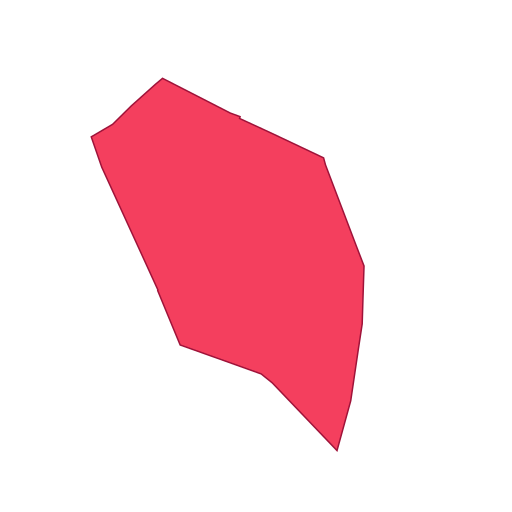 Baruun-Urt, Sühbaatar, Mongolia, rotated 228°
{"feature_id": "93677404B37719399531213", "entity_name": "Baruun-Urt", "entity_type": "district", "adm_level": 2, "iso_a3": "MNG", "parent_name": "Mongolia", "parent_adm1": "Sühbaatar", "projection": "natural_earth1", "projection_center": [113.3, 46.656], "detail": "fine", "context": "isolated", "style": "filled", "palette": "rose", "viewbox_px": 512, "rotation_deg": 228, "n_neighbors": 0, "source": "geoboundaries", "source_scale": "gbopen_adm2", "svg_char_len": 577}
<svg xmlns="http://www.w3.org/2000/svg" viewBox="0 0 512 512"><g transform="rotate(228 256 256)"><path d="M379.5,332.5L450.6,305.4L450.6,304.5L450.9,296.4L451.0,263.8L449.8,237.6L454.8,213.3L425.2,200.8L332.7,171.8L296.4,160.4L296.1,159.8L240.6,140.1L209.0,157.2L164.8,181.0L160.8,181.6L150.8,183.2L127.3,183.9L57.2,186.0L85.0,229.5L115.2,266.0L118.1,269.5L134.5,289.5L155.5,309.6L176.3,329.6L196.2,337.2L246.0,356.5L277.2,368.6L283.7,371.9L283.9,371.8L328.0,353.4L345.5,346.0L369.2,335.8L370.2,337.4L379.5,332.5Z" fill="#f43f5e" stroke="#9f1239" stroke-width="1.5"/></g></svg>